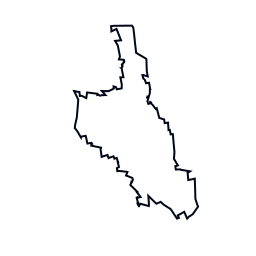 the district of Doctor Arroyo, Nuevo León, Mexico, rotated 165°
{"feature_id": "50627088B71309560932065", "entity_name": "Doctor Arroyo", "entity_type": "district", "adm_level": 2, "iso_a3": "MEX", "parent_name": "Mexico", "parent_adm1": "Nuevo León", "projection": "robinson", "projection_center": [-100.316, 23.81], "detail": "fine", "context": "isolated", "style": "outline", "palette": "ink", "viewbox_px": 256, "rotation_deg": 165, "n_neighbors": 0, "source": "geoboundaries", "source_scale": "gbopen_adm2", "svg_char_len": 4280}
<svg xmlns="http://www.w3.org/2000/svg" viewBox="0 0 256 256"><g transform="rotate(165 128 128)"><path d="M170.5,177.7L170.2,176.3L169.2,170.8L168.7,168.2L170.1,164.3L170.6,162.8L171.7,159.8L174.9,151.0L177.2,146.7L178.2,144.8L179.4,141.7L177.9,138.3L177.1,135.4L176.9,134.7L175.9,131.1L175.6,131.8L170.9,131.4L170.9,130.0L171.0,128.0L171.1,126.9L171.2,124.8L171.2,123.5L167.1,123.1L166.8,122.0L167.5,122.0L168.1,120.5L160.2,116.5L159.1,116.0L159.4,115.5L160.0,114.5L160.7,108.5L160.9,106.9L160.1,107.0L158.7,107.1L156.4,107.2L154.8,107.3L154.7,105.9L154.6,104.0L154.1,104.1L152.1,104.2L149.3,104.4L149.1,101.9L146.7,102.1L146.6,100.3L146.4,97.6L146.8,97.6L146.8,92.7L149.1,92.1L149.5,89.1L147.8,88.9L140.3,85.9L139.9,85.7L142.2,82.6L141.4,82.1L136.7,78.6L136.7,76.6L138.4,74.8L138.7,75.1L139.0,74.5L138.7,74.3L139.7,73.3L140.2,72.7L140.5,72.3L135.5,64.0L136.1,63.9L133.7,58.1L136.5,58.1L136.7,58.7L137.7,58.4L137.7,55.8L137.7,55.7L137.7,52.6L137.7,52.4L137.9,52.5L138.0,52.5L138.4,52.6L138.4,52.3L138.3,52.2L138.2,51.7L138.1,51.4L138.1,50.8L137.9,50.4L137.7,50.4L137.8,49.7L137.6,49.6L135.8,51.7L128.1,47.2L127.6,48.5L125.9,57.2L123.1,52.4L122.6,51.6L121.7,50.0L121.1,49.1L120.1,47.5L115.6,48.2L113.4,44.8L109.8,40.8L108.9,39.9L108.3,39.2L107.8,38.6L107.2,37.1L105.6,32.1L105.4,31.7L105.1,30.7L105.0,30.4L104.9,30.3L104.8,29.9L104.7,29.7L104.5,29.1L104.4,28.8L104.4,28.7L104.1,27.8L103.5,27.9L102.1,28.0L102.5,30.7L98.9,31.6L98.1,31.8L97.7,31.9L95.4,32.5L94.3,25.2L91.9,26.7L90.0,27.2L89.8,27.3L89.3,27.5L87.8,28.0L85.9,29.5L80.7,33.9L81.1,38.4L81.2,42.3L79.2,50.6L76.6,61.8L79.0,61.9L83.2,62.1L82.6,65.9L82.0,69.4L80.6,69.7L79.3,70.1L82.6,71.6L87.1,73.7L88.0,74.1L88.2,74.5L92.5,75.5L92.2,78.9L89.5,78.9L89.8,80.0L90.1,80.9L90.4,82.0L90.8,83.5L91.6,86.4L91.3,87.2L90.6,89.1L90.5,89.4L89.5,92.4L89.2,93.6L88.2,99.5L87.9,101.3L86.6,108.6L86.3,110.5L86.9,110.6L87.5,110.7L88.4,110.8L88.3,112.4L88.1,115.3L89.4,115.5L88.9,117.8L88.7,119.0L88.3,121.1L87.9,122.8L88.4,122.9L91.3,123.2L91.2,124.0L90.9,126.7L90.9,126.9L95.2,129.7L95.1,136.7L95.1,139.6L96.2,139.1L98.4,144.3L99.2,145.4L99.4,146.4L99.4,146.5L99.2,146.6L99.4,147.1L99.5,147.2L99.6,146.9L99.7,147.0L99.8,147.2L100.0,147.2L100.0,146.8L100.1,146.7L100.0,146.3L100.6,146.1L101.3,146.1L101.5,146.0L102.1,146.0L102.3,149.0L101.8,149.7L101.0,150.9L100.5,151.8L101.7,152.4L101.1,153.4L99.8,152.9L99.4,153.6L98.9,154.4L98.6,154.9L97.9,155.9L96.6,160.7L96.4,160.5L96.1,164.8L96.0,166.3L99.0,166.6L99.1,168.3L99.3,170.3L100.4,171.9L100.4,175.4L99.7,175.3L95.6,172.7L95.4,175.1L95.1,178.2L92.4,189.8L92.9,190.6L100.7,198.5L100.2,201.6L99.1,209.2L98.3,214.0L97.0,222.7L97.0,223.5L97.6,225.8L100.6,226.6L101.1,226.7L101.8,226.9L104.0,227.5L106.0,228.0L107.7,228.4L109.9,229.0L113.9,230.0L115.3,230.4L116.1,230.5L117.9,230.8L118.6,227.3L119.0,225.6L113.5,226.7L112.0,214.5L117.9,215.5L116.6,210.6L116.5,210.4L117.2,199.5L117.2,199.4L117.6,198.6L117.9,198.3L119.0,196.6L118.2,196.4L117.0,195.9L114.4,195.0L114.2,194.6L114.2,194.3L114.3,194.0L114.4,193.8L114.4,193.7L114.5,193.2L114.6,192.8L114.9,193.0L115.0,193.0L115.2,192.7L115.4,192.5L115.5,192.5L115.6,192.3L115.7,192.1L115.9,191.8L116.4,191.4L116.8,191.2L117.4,191.1L117.5,191.0L117.6,190.8L117.6,190.6L117.4,190.5L117.3,190.4L117.2,190.2L117.3,190.1L117.2,189.8L117.2,189.4L117.3,189.2L117.5,189.0L117.7,188.9L117.7,188.7L117.9,188.7L118.0,188.3L118.3,188.1L118.4,187.9L118.5,187.9L118.7,187.6L118.8,187.6L118.6,187.4L118.8,185.7L119.3,178.2L122.3,178.9L122.4,177.0L122.4,176.8L122.4,176.6L122.4,176.4L122.5,175.2L122.5,174.9L122.5,174.6L122.6,174.3L122.7,171.8L123.1,170.4L123.6,168.8L123.7,168.3L123.9,167.9L126.8,168.1L128.9,168.3L128.9,170.4L129.6,170.9L129.6,171.0L129.8,171.5L129.8,171.1L131.2,171.9L131.5,169.8L132.1,169.6L132.8,169.5L133.4,169.3L134.1,169.2L134.8,169.1L136.0,168.8L136.5,168.7L137.3,168.7L137.5,168.6L138.5,169.0L139.5,169.2L139.4,169.3L143.7,170.5L143.2,169.5L142.2,167.6L141.2,165.6L141.6,165.7L142.0,165.9L142.6,166.1L142.8,166.0L143.1,166.0L143.6,166.2L144.3,166.4L145.4,166.5L146.0,166.4L146.9,166.6L147.5,167.3L147.8,167.7L148.5,167.8L148.9,167.8L149.1,167.8L148.7,169.0L158.3,172.9L160.6,167.7L162.4,169.3L162.6,169.5L164.4,171.1L166.2,171.4L165.6,175.3L168.1,176.4L170.2,177.6L170.5,177.7Z" fill="none" stroke="#020617" stroke-width="2"/></g></svg>